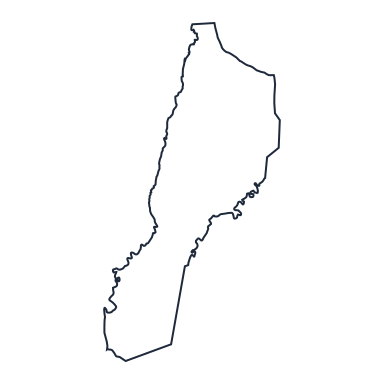 the district of La Jigua, Copán, Honduras
{"feature_id": "27666195B73111216600935", "entity_name": "La Jigua", "entity_type": "district", "adm_level": 2, "iso_a3": "HND", "parent_name": "Honduras", "parent_adm1": "Copán", "projection": "equal_earth", "projection_center": [-88.775, 15.106], "detail": "fine", "context": "isolated", "style": "outline", "palette": "slate", "viewbox_px": 384, "rotation_deg": 0, "n_neighbors": 0, "source": "geoboundaries", "source_scale": "gbopen_adm2", "svg_char_len": 6007}
<svg xmlns="http://www.w3.org/2000/svg" viewBox="0 0 384 384"><path d="M125.6,361.0L171.1,344.3L184.9,266.3L188.2,265.1L188.4,262.9L190.1,257.4L191.2,255.4L191.7,255.0L192.2,255.0L193.0,255.5L193.8,256.5L194.2,256.6L194.4,256.4L194.6,255.3L195.3,253.2L195.3,252.4L195.1,251.8L194.6,251.5L193.9,251.5L192.3,252.7L191.7,252.4L191.5,251.9L191.9,251.1L192.8,250.2L194.2,249.9L195.8,248.8L196.6,248.0L197.3,246.9L197.6,245.8L197.4,244.7L197.1,243.6L196.3,242.8L196.0,242.4L195.9,241.5L196.0,240.7L197.9,238.6L198.4,238.4L199.1,238.6L201.3,240.5L202.0,240.4L202.5,239.9L203.6,237.6L206.7,233.1L207.2,231.5L208.1,229.2L208.2,228.2L207.9,227.1L208.2,226.3L210.8,224.2L211.0,223.9L211.0,223.2L209.4,220.6L209.3,220.2L209.3,219.7L211.0,218.4L213.3,215.7L213.9,215.6L214.5,216.3L214.9,216.4L217.2,216.5L218.5,215.9L219.9,214.6L221.2,214.1L224.5,213.7L228.3,213.0L231.5,212.8L232.3,213.1L232.8,213.8L233.3,215.1L233.9,218.0L234.3,218.5L234.8,218.6L235.9,218.4L236.8,217.8L237.1,217.2L237.3,215.9L238.0,214.6L240.2,215.2L240.7,215.1L241.0,214.5L241.1,213.7L240.9,213.1L240.4,212.4L238.3,210.4L235.4,210.1L234.8,209.9L234.4,209.5L234.2,209.0L234.2,208.5L234.4,208.1L234.9,207.5L236.0,206.7L237.1,205.4L237.6,204.4L238.2,202.4L238.7,201.9L239.5,201.7L240.6,202.0L241.3,202.7L242.6,204.3L243.0,204.4L243.4,204.2L243.8,203.2L244.0,201.6L242.6,200.7L242.3,200.2L242.2,199.7L244.2,198.7L246.2,197.2L246.6,196.4L247.1,193.7L247.9,193.4L248.6,193.3L249.0,194.1L249.6,196.0L250.0,196.8L250.7,197.1L251.9,197.1L252.7,197.0L253.2,196.6L253.5,195.7L253.4,194.8L253.2,194.3L252.8,194.0L250.5,193.9L250.4,193.4L250.4,192.8L250.6,192.1L250.9,191.8L252.5,190.9L253.5,190.7L254.7,192.5L255.4,192.5L257.0,193.0L257.6,192.8L257.8,192.0L257.9,191.0L257.5,188.8L256.5,186.1L254.9,184.7L254.6,184.1L254.7,183.6L255.1,183.2L255.7,183.3L257.2,185.2L258.2,185.8L259.0,185.8L259.4,185.3L259.2,184.4L259.5,183.6L262.2,181.9L263.5,180.1L264.4,178.5L265.1,178.1L267.1,157.2L278.7,147.8L279.8,120.1L275.0,113.3L274.3,103.1L274.4,95.2L275.1,84.3L274.4,77.7L273.8,75.1L270.6,75.2L268.7,75.1L266.5,74.0L264.5,72.6L261.2,71.9L256.7,70.3L252.6,67.2L250.5,66.2L247.8,65.4L246.0,64.6L240.9,61.3L239.9,61.0L236.3,57.4L231.1,54.0L228.5,52.6L227.2,52.3L226.1,51.9L224.4,50.6L223.1,49.3L221.8,47.5L221.8,47.1L221.6,46.4L219.8,42.0L217.7,37.6L217.1,34.5L215.4,28.2L214.4,23.0L192.4,24.3L191.6,26.4L191.3,28.4L191.3,29.2L191.4,29.8L191.7,30.1L192.2,30.2L193.2,30.1L193.6,29.8L194.2,30.9L193.9,31.9L194.6,32.2L194.8,33.2L196.9,33.6L197.0,34.0L196.9,34.8L196.8,35.9L197.7,37.8L197.8,39.0L197.5,39.6L196.8,40.0L195.9,40.0L195.0,39.7L194.7,39.9L195.0,42.0L194.8,42.4L193.6,43.5L193.9,43.9L193.9,44.3L191.3,44.5L190.7,44.8L190.1,45.4L189.4,47.1L188.9,49.2L188.9,49.8L189.6,52.1L189.3,52.8L189.0,52.6L188.8,52.7L189.2,53.8L189.1,54.3L188.6,54.6L187.9,55.8L186.0,58.2L185.6,59.0L185.3,60.1L184.7,59.2L184.6,59.4L184.4,62.1L184.2,64.0L182.9,69.2L182.9,70.2L182.7,74.1L182.7,74.8L182.9,75.1L182.9,76.4L181.8,76.7L181.6,76.9L181.5,77.4L181.6,79.4L181.8,81.1L182.7,82.8L183.0,84.0L183.0,85.3L182.6,86.5L182.7,88.4L181.5,90.3L181.2,91.2L180.8,91.9L178.8,92.7L178.3,93.5L178.2,94.7L177.8,95.3L176.7,96.0L175.7,96.4L175.4,96.6L175.3,97.8L175.7,102.1L176.0,103.4L176.6,104.5L176.5,105.6L175.6,107.4L174.4,108.7L173.6,109.9L173.2,111.0L172.6,114.2L172.3,114.7L171.9,115.3L171.2,115.7L170.3,117.2L168.5,118.1L167.8,119.9L167.2,122.1L167.2,128.1L166.5,129.8L166.3,131.1L166.4,132.0L167.0,133.0L167.2,134.0L166.2,136.4L166.5,138.5L166.3,138.8L166.0,138.9L164.5,138.0L164.2,138.3L164.1,138.9L164.2,139.6L165.2,141.8L165.3,142.4L165.5,143.7L165.4,145.2L164.8,146.3L162.8,148.3L162.7,150.5L161.7,152.4L161.1,156.3L159.9,159.3L159.3,162.1L159.1,163.6L159.2,164.4L159.6,165.2L159.4,166.4L159.5,168.8L158.5,171.0L157.3,175.6L156.5,176.7L156.2,178.8L155.9,179.8L155.5,184.5L155.2,185.0L153.7,186.2L153.9,187.3L153.7,187.9L153.3,188.2L152.2,188.7L151.7,189.8L150.9,190.3L150.9,190.9L151.3,192.3L150.4,193.0L150.6,193.7L150.6,194.6L149.6,196.0L149.7,197.6L149.2,199.3L149.4,201.5L148.9,202.6L149.3,204.8L149.3,205.9L150.0,208.1L150.0,209.8L150.3,211.8L151.3,214.3L153.0,216.7L154.4,219.0L154.7,219.9L154.8,221.5L155.1,222.5L156.9,225.5L157.3,226.4L157.2,226.7L155.4,227.0L154.3,226.8L154.0,227.1L154.0,227.5L154.5,228.5L154.9,229.4L155.5,231.7L155.5,232.3L154.4,233.2L153.4,233.0L153.1,233.1L152.9,233.7L152.6,235.2L151.8,237.5L148.2,243.0L147.6,243.4L146.6,243.5L145.6,245.0L144.7,245.8L143.6,245.8L142.2,244.7L141.5,244.7L141.1,245.0L140.9,245.6L140.9,247.2L140.5,249.3L139.7,250.4L138.4,253.0L137.7,253.7L136.9,254.3L136.0,254.4L134.8,254.1L133.7,253.1L132.8,252.7L131.7,252.5L131.1,252.8L130.9,253.3L130.9,253.8L131.2,255.4L131.8,257.1L131.8,257.8L131.7,258.1L131.0,258.5L128.1,258.0L127.6,258.2L127.3,258.6L127.4,259.6L128.3,261.9L128.5,262.8L128.4,263.9L127.9,264.8L126.4,265.7L125.0,266.0L123.1,268.4L121.4,269.2L119.8,269.7L119.2,269.7L118.3,269.4L117.0,268.6L116.2,268.4L114.8,269.1L113.5,269.4L113.1,269.8L112.9,270.2L113.0,271.3L113.6,272.4L116.3,272.0L116.1,272.9L115.2,274.8L114.9,276.1L115.0,276.9L115.5,277.9L116.1,278.6L116.4,278.7L117.5,278.2L118.4,277.6L118.8,277.5L119.2,277.9L119.5,278.6L119.6,280.2L119.2,281.0L118.5,281.3L117.8,280.9L117.4,279.7L117.0,279.2L116.3,279.1L115.7,279.6L115.5,280.2L115.6,280.9L116.0,281.6L116.7,282.4L117.1,283.6L117.1,284.5L117.0,285.3L116.6,286.0L116.0,286.5L113.0,287.8L113.2,290.4L113.6,292.6L113.5,293.7L112.9,294.8L111.3,296.3L109.9,298.0L109.5,298.7L109.3,299.5L109.4,299.9L109.8,300.4L112.7,302.5L114.5,304.3L115.9,306.1L116.1,306.7L116.2,307.2L115.6,308.4L114.4,309.9L113.1,310.5L111.9,311.7L111.3,312.2L109.1,312.7L107.8,312.6L107.0,312.2L106.7,311.6L106.5,310.2L106.1,309.3L104.9,307.9L104.6,307.9L104.4,308.2L104.2,309.1L104.2,310.4L104.5,313.6L105.0,317.1L104.6,319.9L104.5,322.2L104.4,327.4L104.4,332.7L106.7,341.4L107.3,345.0L107.4,346.7L107.0,349.5L107.7,349.0L108.7,349.5L110.7,349.6L112.1,350.2L112.5,350.6L114.2,352.9L115.9,355.9L116.5,356.4L119.7,357.0L125.6,361.0Z" fill="none" stroke="#1e293b" stroke-width="2"/></svg>